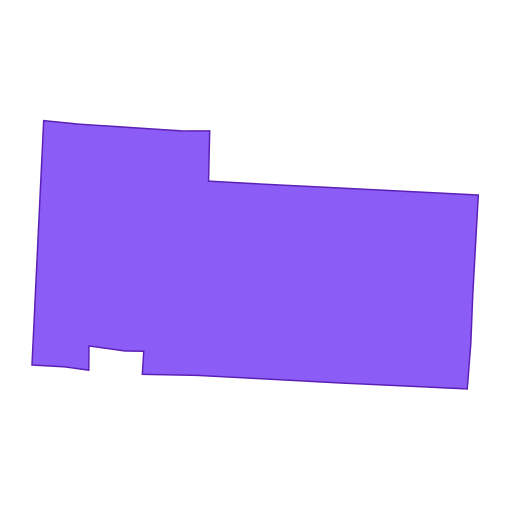 Oneida, Wisconsin, United States of America, rotated 183°
{"feature_id": "52423323B37624574401455", "entity_name": "Oneida", "entity_type": "district", "adm_level": 2, "iso_a3": "USA", "parent_name": "United States of America", "parent_adm1": "Wisconsin", "projection": "equal_earth", "projection_center": [-89.465, 45.683], "detail": "fine", "context": "isolated", "style": "filled", "palette": "violet", "viewbox_px": 512, "rotation_deg": 183, "n_neighbors": 0, "source": "geoboundaries", "source_scale": "gbopen_adm2", "svg_char_len": 418}
<svg xmlns="http://www.w3.org/2000/svg" viewBox="0 0 512 512"><g transform="rotate(183 256 256)"><path d="M38.1,134.3L36.9,179.4L37.5,228.9L37.2,328.5L254.5,328.1L307.3,328.3L308.8,378.5L335.6,377.0L440.5,378.4L475.1,380.1L474.9,331.1L474.0,135.4L441.6,135.3L417.0,133.2L418.1,157.4L381.9,154.3L363.1,155.0L363.3,131.9L308.6,133.7L163.4,133.6L38.1,134.3Z" fill="#8b5cf6" stroke="#5b21b6" stroke-width="1.5"/></g></svg>